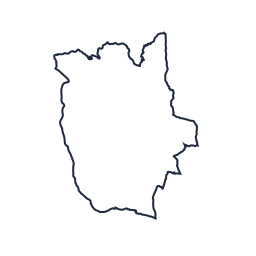 Oiba, Santander, Colombia (Robinson projection), rotated 159°
{"feature_id": "7082276B26370830430673", "entity_name": "Oiba", "entity_type": "district", "adm_level": 2, "iso_a3": "COL", "parent_name": "Colombia", "parent_adm1": "Santander", "projection": "robinson", "projection_center": [-73.296, 6.231], "detail": "fine", "context": "isolated", "style": "outline", "palette": "slate", "viewbox_px": 256, "rotation_deg": 159, "n_neighbors": 0, "source": "geoboundaries", "source_scale": "gbopen_adm2", "svg_char_len": 5760}
<svg xmlns="http://www.w3.org/2000/svg" viewBox="0 0 256 256"><g transform="rotate(159 128 128)"><path d="M173.3,58.4L171.2,58.6L169.2,57.3L168.2,57.4L168.2,58.0L167.3,57.4L166.7,56.3L165.8,55.5L163.2,53.9L161.6,53.6L158.7,53.6L157.9,53.2L157.4,52.8L157.4,52.2L156.7,51.7L156.1,51.7L155.5,50.8L153.5,50.1L152.2,49.3L151.6,49.2L151.3,48.8L151.2,48.1L150.6,48.3L150.4,48.3L150.3,48.0L150.3,46.8L150.8,46.3L150.9,45.9L150.8,45.6L150.4,45.2L148.6,44.0L146.9,43.4L146.6,43.2L145.9,42.2L145.4,41.9L142.3,40.0L140.0,38.4L138.7,37.1L138.0,37.0L137.3,36.4L135.0,33.9L134.5,33.7L134.2,35.6L133.2,37.6L132.8,39.7L132.9,42.1L133.0,42.7L132.9,44.0L132.5,45.8L131.0,49.9L130.0,51.8L130.1,53.3L129.5,54.4L127.5,56.9L124.5,59.7L122.2,62.4L121.4,63.0L120.9,63.1L120.1,62.9L119.2,62.2L118.9,61.3L118.2,61.2L117.8,60.6L117.6,59.0L117.5,58.9L117.2,59.0L116.6,59.9L113.8,63.2L111.8,66.2L111.1,66.9L110.7,66.9L110.5,67.2L110.3,67.9L109.2,70.2L107.3,71.3L106.8,72.6L106.5,72.7L105.7,72.5L103.8,71.4L103.7,71.2L102.5,69.7L102.3,69.6L101.8,70.0L100.9,70.0L100.6,69.9L100.8,68.8L100.3,68.4L98.7,68.1L96.2,67.0L95.6,66.6L95.6,69.1L95.9,70.2L95.9,71.1L95.7,71.9L95.8,72.4L95.7,73.4L95.8,74.4L95.6,74.9L95.7,75.4L95.4,75.5L95.1,76.2L94.9,76.3L94.5,77.7L94.2,78.2L94.1,78.9L93.5,79.8L93.6,81.2L95.4,85.1L94.7,85.5L91.0,85.3L89.9,85.9L87.8,86.2L87.2,86.6L86.2,86.5L85.4,86.6L84.6,87.2L83.1,87.5L82.6,88.8L81.3,89.3L81.2,89.9L81.2,92.2L80.9,91.7L80.1,91.5L79.7,91.1L79.4,90.2L78.4,89.9L77.7,89.1L77.2,88.9L76.2,89.2L75.5,89.2L74.0,88.6L72.5,87.7L71.5,87.0L69.7,87.3L69.2,86.8L68.9,89.3L68.5,89.9L68.8,90.8L68.7,91.5L68.4,92.3L68.2,94.8L67.5,96.0L66.0,97.8L65.3,100.3L64.2,101.8L64.1,102.5L63.2,104.1L63.3,105.3L63.0,106.1L63.5,106.9L63.6,108.6L64.0,109.5L64.2,110.8L65.6,111.8L67.0,112.4L67.9,113.3L68.6,113.5L69.7,114.8L70.8,115.2L71.9,116.2L74.4,117.9L76.0,118.6L76.4,119.6L78.8,121.0L80.3,123.3L81.2,124.2L79.8,126.3L79.7,127.5L79.0,130.8L79.0,131.9L79.4,132.4L79.6,132.9L79.4,134.7L78.6,135.8L78.3,137.3L78.0,137.8L74.9,139.4L74.5,141.9L74.1,142.6L72.9,144.0L72.8,144.9L72.6,145.3L72.5,147.0L72.7,147.6L74.1,147.8L74.2,148.5L74.9,148.9L74.9,149.8L75.3,150.4L74.7,151.6L75.6,153.6L75.5,154.7L75.6,155.2L75.5,155.9L75.8,157.6L76.1,158.3L76.1,159.3L75.4,160.8L74.3,164.1L73.6,164.9L70.1,168.3L69.7,169.3L69.5,171.6L69.1,173.4L68.4,174.8L67.7,179.1L67.4,180.2L66.0,182.8L64.9,187.6L64.7,188.0L64.1,188.3L63.8,188.8L63.3,191.4L61.5,195.7L59.4,201.8L59.3,202.5L60.1,203.1L60.2,204.0L61.1,203.8L62.6,204.3L64.7,204.7L66.6,204.6L68.1,203.5L70.1,202.8L71.0,202.1L71.4,201.4L71.9,200.9L72.4,199.9L72.7,199.6L74.3,199.6L75.6,199.1L76.5,199.3L77.0,198.4L77.4,198.4L78.6,199.3L79.6,199.3L79.8,199.0L79.9,198.3L80.2,198.1L81.0,198.4L81.3,198.9L81.7,199.1L82.4,198.8L82.6,198.4L82.9,198.2L83.3,198.6L83.7,198.5L83.8,198.3L83.5,198.1L83.9,198.0L83.9,198.4L84.2,198.1L84.6,197.1L86.2,195.5L86.3,195.2L86.5,194.9L86.6,193.9L86.3,193.6L86.7,192.6L87.0,192.4L87.6,192.6L88.1,192.4L90.1,190.3L90.2,190.0L89.7,189.6L89.1,188.8L89.2,188.6L89.5,188.6L89.5,188.4L89.1,188.1L88.8,187.1L88.9,186.9L89.4,186.9L89.0,186.5L88.9,185.9L89.1,185.9L89.5,186.2L90.9,186.2L90.9,185.2L91.8,184.7L92.4,184.7L92.8,184.4L93.5,183.4L94.5,182.5L94.4,181.9L94.5,181.7L95.7,182.1L96.3,182.9L96.9,183.3L97.2,183.3L99.3,185.8L99.3,186.3L99.1,187.1L99.4,190.1L100.4,191.4L100.9,192.6L101.4,194.9L100.7,197.9L99.3,199.2L99.0,199.9L98.9,201.4L99.9,203.1L99.8,203.8L99.6,204.3L100.2,205.7L101.9,208.3L103.3,209.1L106.5,209.3L107.7,210.0L109.4,211.9L109.9,212.1L111.1,211.9L111.5,211.7L112.9,212.4L114.8,212.7L116.1,214.0L116.1,215.1L116.3,215.2L117.0,215.3L117.9,214.7L119.7,214.2L121.8,214.1L122.1,213.8L122.6,212.6L123.0,212.0L123.7,211.5L124.3,211.5L126.2,212.8L127.0,212.7L127.7,212.1L127.9,211.8L128.2,210.6L128.6,210.0L129.4,209.3L129.9,208.4L130.0,207.5L129.6,206.4L129.2,203.9L129.4,203.4L129.9,203.1L130.6,203.8L130.9,204.0L131.4,205.4L132.0,206.1L133.5,207.2L134.6,208.4L135.0,208.7L135.5,208.7L136.9,207.9L138.1,208.2L138.4,208.1L138.5,207.7L138.3,207.2L136.8,206.1L136.8,205.8L137.0,205.5L138.3,205.6L139.7,206.3L140.1,207.3L140.2,208.6L140.0,209.5L140.1,209.8L140.9,210.2L141.2,211.2L141.7,212.0L141.7,212.4L142.1,212.9L143.0,213.5L143.7,215.4L144.1,216.0L145.2,216.9L145.7,217.7L145.8,218.5L146.3,219.0L146.9,219.1L147.4,219.0L148.9,218.1L150.0,218.1L150.9,218.3L151.2,218.8L152.3,219.7L154.1,219.8L156.6,218.8L158.8,219.6L159.3,220.0L160.4,220.7L160.9,220.6L161.3,220.3L162.1,220.3L163.0,220.4L167.2,222.1L167.4,221.6L167.7,221.5L169.6,222.3L170.4,222.2L171.0,221.8L171.5,220.1L171.6,219.2L171.1,216.9L171.2,215.0L171.6,214.8L172.4,211.5L172.7,211.0L173.8,210.2L174.4,209.3L172.6,207.2L170.5,203.3L167.2,196.5L166.6,195.4L166.4,194.7L166.5,192.8L167.1,192.3L168.6,192.5L169.3,192.7L171.7,192.7L172.7,192.2L173.6,191.5L175.9,188.7L177.0,186.5L178.6,181.3L179.7,178.7L180.1,178.2L180.4,176.8L180.4,175.1L179.5,173.4L179.4,171.9L179.7,171.3L181.4,170.2L182.4,169.0L183.5,166.7L184.0,164.1L184.3,163.1L184.8,162.3L185.7,161.3L188.0,159.4L188.9,158.5L189.3,157.8L189.6,157.0L189.9,155.3L189.7,151.0L190.2,149.0L190.5,146.9L190.6,144.1L190.9,141.6L192.4,136.3L192.4,135.7L192.1,134.4L190.9,132.4L190.9,131.4L191.3,130.2L191.5,128.0L191.0,123.7L191.1,115.6L191.6,113.4L192.2,112.9L192.9,111.6L194.7,107.3L195.2,105.3L196.3,103.0L196.3,102.4L195.6,100.8L195.6,99.6L196.5,96.7L196.7,95.3L196.5,94.4L196.6,92.6L196.0,91.2L195.9,90.8L195.9,89.2L196.3,88.1L196.2,86.6L195.0,83.4L194.1,82.0L193.5,80.6L192.5,78.8L192.1,77.7L191.0,76.2L189.6,74.7L189.2,73.7L189.4,71.9L189.5,71.5L189.9,70.8L189.9,70.5L189.6,69.9L189.7,68.4L189.5,67.4L188.6,64.8L188.2,63.9L187.6,63.0L185.5,61.1L184.7,60.0L183.4,59.2L182.0,58.9L181.2,58.4L179.2,57.9L177.2,58.1L175.8,57.9L174.5,58.5L173.3,58.4Z" fill="none" stroke="#1e293b" stroke-width="2"/></g></svg>